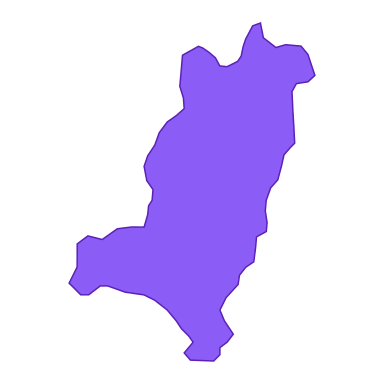 the district of Jangsu-gun, North Jeolla, South Korea
{"feature_id": "91817680B93090957259339", "entity_name": "Jangsu-gun", "entity_type": "district", "adm_level": 2, "iso_a3": "KOR", "parent_name": "South Korea", "parent_adm1": "North Jeolla", "projection": "albers", "projection_center": [127.547, 35.652], "detail": "fine", "context": "isolated", "style": "filled", "palette": "violet", "viewbox_px": 384, "rotation_deg": 0, "n_neighbors": 0, "source": "geoboundaries", "source_scale": "gbopen_adm2", "svg_char_len": 1177}
<svg xmlns="http://www.w3.org/2000/svg" viewBox="0 0 384 384"><path d="M260.5,23.0L252.7,25.8L245.6,39.2L243.0,47.2L241.2,56.1L237.6,61.4L227.0,66.7L219.8,65.9L215.4,57.8L209.2,52.5L202.9,48.1L198.5,46.3L182.5,55.2L180.7,76.5L179.8,86.3L183.4,97.9L184.2,108.6L176.2,115.7L167.3,121.9L159.3,132.6L154.8,145.1L147.7,155.8L144.1,166.4L146.8,180.7L153.0,189.6L152.1,200.3L148.6,205.7L147.7,214.6L144.1,227.1L131.6,227.0L121.9,228.2L117.3,228.8L102.2,239.5L87.9,235.9L77.2,243.9L77.2,256.4L77.1,267.1L69.1,283.2L70.9,284.9L80.7,294.8L88.7,294.8L100.3,285.9L107.5,285.9L125.3,292.2L144.0,294.9L154.7,300.2L167.2,310.0L176.2,320.8L181.5,328.8L188.7,336.0L193.1,342.2L184.2,352.9L190.4,360.1L213.7,361.0L219.9,354.7L219.9,347.6L227.1,342.2L233.3,334.2L224.4,320.8L219.9,310.1L226.1,297.6L238.1,284.5L239.5,275.2L245.8,267.2L253.8,261.8L255.6,247.6L256.5,236.9L266.3,231.5L267.1,222.6L265.3,211.0L266.2,200.3L270.7,187.8L277.8,179.8L281.4,166.4L284.0,154.8L290.2,147.7L294.7,143.2L293.8,126.3L292.9,111.2L292.0,91.6L296.4,83.6L308.0,81.8L314.9,75.4L307.9,54.4L301.0,46.1L285.7,44.7L275.9,47.5L263.4,37.8L260.6,23.9L260.5,23.0Z" fill="#8b5cf6" stroke="#5b21b6" stroke-width="1.5"/></svg>